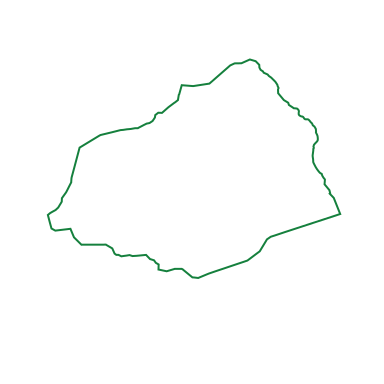 outline of San Pedro Ocopetatillo, Oaxaca, Mexico, rotated 238°
{"feature_id": "50627088B16349207621267", "entity_name": "San Pedro Ocopetatillo", "entity_type": "district", "adm_level": 2, "iso_a3": "MEX", "parent_name": "Mexico", "parent_adm1": "Oaxaca", "projection": "natural_earth1", "projection_center": [-96.912, 18.185], "detail": "fine", "context": "isolated", "style": "outline", "palette": "green", "viewbox_px": 384, "rotation_deg": 238, "n_neighbors": 0, "source": "geoboundaries", "source_scale": "gbopen_adm2", "svg_char_len": 2725}
<svg xmlns="http://www.w3.org/2000/svg" viewBox="0 0 384 384"><g transform="rotate(238 192 192)"><path d="M273.7,311.3L275.0,302.1L278.5,296.3L279.1,291.5L274.7,264.2L281.2,249.1L288.0,239.9L281.6,232.9L281.4,232.3L277.4,228.8L277.0,225.2L277.0,224.2L276.4,217.0L275.0,208.5L277.1,205.4L276.7,201.6L274.9,200.1L274.3,198.9L273.3,196.6L273.1,196.2L273.0,192.5L274.1,189.6L274.1,189.0L274.3,187.1L274.8,180.7L274.8,179.9L276.2,177.7L277.9,173.5L279.4,170.5L279.5,170.4L281.3,166.2L281.5,165.9L282.4,164.1L285.1,155.7L288.8,144.6L288.9,142.9L289.2,120.2L287.9,118.8L274.7,104.7L268.2,97.7L267.3,96.9L264.4,94.8L264.2,94.7L262.3,91.5L259.5,86.9L258.4,85.0L255.7,78.4L252.8,76.4L249.7,70.3L249.2,67.7L249.0,66.8L249.2,63.4L249.3,60.6L248.9,57.6L241.2,55.2L235.5,53.5L231.7,55.6L225.2,69.4L216.1,67.9L209.3,69.5L205.9,70.3L202.2,76.3L198.1,82.8L193.0,91.1L192.7,91.2L186.8,94.3L186.4,94.5L180.8,93.7L178.8,94.5L177.7,96.3L174.9,98.0L173.8,100.5L172.8,102.7L171.6,105.6L169.2,107.6L167.2,111.3L163.0,119.7L162.1,119.9L157.3,120.9L156.8,121.4L155.6,122.4L155.4,122.6L154.2,123.6L151.1,123.8L148.2,125.3L144.0,122.5L138.4,128.3L138.2,128.5L135.9,136.8L135.5,137.4L132.2,142.6L130.9,143.3L130.7,143.3L119.4,147.1L118.3,148.6L115.8,151.7L115.4,154.2L114.3,160.8L113.9,163.1L112.3,170.0L110.3,178.3L107.9,188.4L105.5,198.4L104.5,202.7L104.7,205.1L105.5,214.3L105.8,218.0L111.4,229.1L112.1,230.4L112.3,235.1L111.2,239.4L108.8,249.4L94.8,306.0L111.9,309.1L117.6,307.9L117.7,308.5L120.7,309.5L128.3,308.5L132.1,311.3L133.3,311.3L133.9,311.1L136.2,311.1L137.1,311.2L138.7,311.6L139.1,311.3L140.6,310.6L142.7,310.3L145.1,310.1L147.5,310.1L150.2,310.3L152.3,310.5L153.2,310.7L154.4,311.4L155.7,312.1L156.9,312.6L158.0,313.1L158.8,313.5L159.6,314.1L162.0,316.1L163.5,317.3L164.2,317.6L164.5,318.3L165.0,318.7L165.3,318.9L165.9,319.0L166.2,319.1L166.5,319.5L167.3,320.3L167.8,321.6L168.1,322.8L168.4,324.0L168.7,325.0L169.1,325.8L169.7,326.4L170.8,327.1L171.8,327.6L172.9,328.1L174.3,328.4L175.5,328.5L176.4,328.6L177.1,328.8L177.6,329.3L178.8,329.9L179.8,330.4L181.4,330.5L182.7,330.5L183.7,330.1L184.6,329.8L185.4,330.0L186.8,330.1L188.1,329.7L189.1,329.6L190.1,329.5L191.5,329.2L192.2,328.8L192.7,328.1L193.3,327.0L193.9,326.4L194.8,326.1L195.9,326.1L196.8,326.0L197.5,325.6L198.0,324.9L198.4,324.6L199.2,324.1L200.0,323.7L200.7,323.6L201.4,323.7L202.4,324.3L203.4,325.1L203.9,325.5L204.6,325.7L205.8,325.7L206.9,325.3L207.2,325.2L209.2,322.6L209.9,322.4L214.5,320.3L216.7,320.9L221.3,318.6L230.1,317.4L233.4,319.3L234.3,320.5L236.6,320.8L237.7,321.2L241.3,321.1L247.0,319.8L249.6,318.7L251.6,318.4L255.2,316.0L256.6,316.1L259.3,314.9L261.8,315.1L264.2,316.4L269.2,315.3L273.7,311.3Z" fill="none" stroke="#15803d" stroke-width="2"/></g></svg>